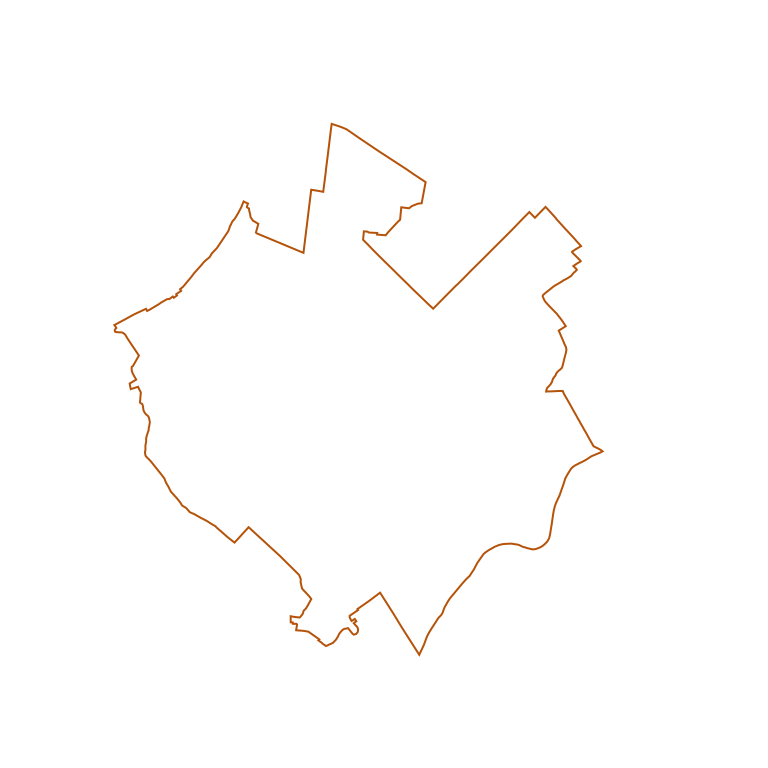 outline of Hotarele, Giurgiu, Romania, rotated 148°
{"feature_id": "2599482B11707962616548", "entity_name": "Hotarele", "entity_type": "district", "adm_level": 2, "iso_a3": "ROU", "parent_name": "Romania", "parent_adm1": "Giurgiu", "projection": "orthographic", "projection_center": [26.375, 44.157], "detail": "fine", "context": "isolated", "style": "outline", "palette": "amber", "viewbox_px": 768, "rotation_deg": 148, "n_neighbors": 0, "source": "geoboundaries", "source_scale": "gbopen_adm2", "svg_char_len": 6142}
<svg xmlns="http://www.w3.org/2000/svg" viewBox="0 0 768 768"><g transform="rotate(148 384 384)"><path d="M406.3,613.2L411.6,609.4L416.6,606.5L420.4,604.5L423.7,602.9L425.0,602.7L427.0,601.9L429.2,600.4L430.6,599.7L434.9,596.2L453.7,587.8L461.0,585.9L463.0,584.8L464.7,584.0L470.6,583.2L473.3,582.5L474.2,582.1L486.3,578.6L491.0,576.8L503.0,572.9L506.7,572.5L506.5,570.8L506.6,570.5L512.6,570.3L512.6,568.8L516.5,568.5L516.7,570.1L521.1,569.8L522.9,570.9L530.0,571.2L532.0,571.0L542.7,571.2L546.2,571.5L546.0,573.9L559.3,575.5L570.3,576.1L581.4,576.9L581.3,573.4L582.3,573.1L583.2,572.7L583.9,572.2L584.2,571.6L584.3,570.7L583.8,570.1L581.4,568.3L580.2,567.5L578.8,566.5L578.2,565.6L577.3,563.1L577.4,559.2L577.3,554.0L576.9,542.3L576.8,538.5L576.8,538.0L587.1,532.4L587.4,532.3L588.4,532.3L588.7,532.3L589.0,532.0L589.5,531.3L590.1,530.4L590.8,529.0L591.2,527.5L591.5,526.1L591.7,522.5L591.8,519.0L599.4,519.2L600.8,515.8L601.4,513.8L594.1,512.0L594.7,505.7L599.7,499.0L600.6,498.0L600.7,497.0L599.8,495.5L599.7,494.9L599.8,494.2L600.3,492.7L601.0,491.2L601.9,489.1L602.1,487.6L602.1,486.0L602.0,484.6L601.7,483.7L601.1,481.9L601.1,480.9L601.4,479.4L602.0,477.7L602.9,475.6L604.7,473.5L607.1,471.0L608.1,469.5L610.8,467.4L613.3,465.2L614.7,463.7L615.5,462.3L616.9,460.4L618.6,458.7L620.1,456.4L621.1,454.7L621.8,453.9L622.8,452.9L623.3,451.9L624.1,450.0L624.2,448.6L623.1,443.9L622.7,441.8L620.8,425.5L620.3,420.2L621.1,416.2L621.3,410.5L621.8,405.8L620.0,395.5L619.6,391.4L619.6,387.8L617.5,383.8L616.6,378.2L613.7,373.9L610.5,367.9L607.1,362.3L604.3,356.4L602.2,352.5L602.2,351.6L597.7,336.7L594.8,328.7L574.7,334.3L563.4,293.4L557.2,267.1L558.0,262.5L559.7,260.2L561.7,254.6L561.8,253.2L561.6,252.0L561.0,249.3L559.9,243.4L559.6,240.2L565.8,236.7L569.1,235.0L572.3,234.3L573.6,233.1L574.2,232.5L575.0,232.1L575.9,231.7L578.8,230.7L579.3,230.7L583.5,234.0L584.9,235.3L585.8,236.1L586.2,236.5L589.4,231.3L587.7,230.1L588.4,229.0L587.8,228.5L585.4,227.1L585.2,226.8L585.2,226.4L585.3,225.9L585.6,225.6L588.8,222.0L589.0,221.7L583.3,217.5L579.4,214.1L574.2,201.7L575.5,201.3L574.1,198.0L573.6,196.0L572.2,193.0L572.1,192.5L571.5,192.4L568.7,192.1L564.5,191.5L560.3,192.6L559.4,193.0L557.9,193.8L556.7,194.3L554.9,195.6L553.3,196.3L552.2,196.7L550.5,197.2L548.8,197.5L547.4,197.4L545.7,196.6L543.9,196.1L543.0,188.8L542.5,187.5L540.2,186.8L539.4,187.0L537.9,187.5L536.5,188.8L535.8,190.4L535.4,191.9L536.0,194.8L536.4,197.2L533.2,197.5L533.3,200.2L537.0,200.2L537.1,201.2L536.9,203.3L536.7,204.5L536.0,205.6L533.8,205.7L529.1,205.9L525.8,206.0L525.8,207.2L511.9,207.9L497.9,209.1L497.7,184.1L497.9,168.8L497.6,135.7L488.3,141.7L483.4,145.5L482.3,146.4L479.0,148.5L475.8,150.2L472.3,151.9L466.2,154.7L463.4,156.1L461.2,157.0L459.7,157.3L458.5,157.6L457.8,157.8L455.6,158.9L453.2,160.9L450.3,162.9L445.5,165.5L441.6,167.3L429.1,171.4L423.3,173.3L418.2,174.8L414.4,175.6L412.9,175.9L410.3,177.2L406.2,179.0L400.3,182.5L395.3,184.7L390.0,186.9L388.7,187.2L387.3,187.4L383.5,187.6L380.9,187.5L379.0,187.4L376.3,187.3L371.7,186.5L368.2,185.3L364.0,183.1L360.4,181.0L358.4,179.2L356.6,177.7L355.0,176.2L353.9,174.5L352.9,172.8L350.9,170.6L349.2,168.6L345.6,165.0L344.4,164.3L343.4,163.9L341.8,163.4L338.9,162.8L335.5,162.6L332.2,163.1L328.8,164.0L325.7,165.7L323.0,168.3L319.1,172.8L316.0,176.3L313.4,179.4L310.2,183.2L307.2,186.6L304.0,189.7L301.4,191.8L297.1,194.6L294.4,196.3L283.8,204.8L280.4,207.8L276.5,210.0L270.8,212.8L269.3,213.3L267.3,213.6L265.3,213.7L259.2,213.2L254.4,212.7L250.9,212.7L246.3,212.8L236.6,211.2L234.3,211.1L234.9,212.7L235.6,214.1L236.8,216.2L237.9,217.9L239.3,220.2L239.1,223.8L239.1,224.8L238.9,228.9L238.7,232.3L238.5,235.7L238.5,236.8L238.4,239.9L238.3,241.3L238.2,243.2L238.1,247.2L237.9,249.1L237.9,251.8L237.7,254.4L237.4,262.2L237.3,263.4L237.0,269.5L236.6,280.3L236.5,280.5L236.5,281.2L236.1,283.4L237.1,284.0L240.8,286.2L245.2,288.6L248.7,290.7L250.5,291.7L250.0,292.3L249.6,292.7L248.9,293.3L247.2,294.4L245.6,294.7L244.1,295.1L242.1,295.8L241.9,296.1L241.4,296.2L240.7,296.6L240.0,297.2L239.0,298.0L237.9,299.0L237.2,299.1L236.7,299.3L236.2,299.7L235.3,300.0L234.6,300.1L234.0,300.4L233.2,300.9L232.8,301.3L232.3,301.7L230.2,302.4L229.0,302.7L228.0,302.8L226.8,302.9L226.0,303.1L224.7,303.4L224.1,303.8L223.0,304.7L221.8,305.8L218.2,309.4L216.7,310.8L213.1,314.2L212.3,315.1L211.2,316.3L210.9,316.9L210.6,317.6L210.2,318.8L210.1,319.3L209.9,321.6L209.5,324.0L209.2,325.3L209.1,326.4L207.5,336.7L206.1,336.7L204.4,336.7L199.2,336.7L199.4,343.1L199.5,344.7L199.8,347.9L200.2,350.7L200.1,351.4L202.0,360.0L202.9,364.2L203.6,368.3L203.6,370.3L203.0,374.2L202.4,374.9L201.7,375.2L199.3,375.6L189.0,376.8L187.0,376.9L181.3,376.7L178.0,376.7L176.8,376.8L173.9,376.5L169.3,376.4L167.5,376.6L166.3,377.1L163.7,377.9L162.5,378.0L160.0,378.6L159.9,379.4L160.9,383.7L156.1,383.9L153.5,383.8L152.2,383.8L152.0,384.4L154.7,395.9L154.4,396.5L150.8,396.7L143.8,396.5L145.0,403.1L145.6,407.0L148.4,421.5L150.4,432.7L150.4,433.8L152.6,445.9L153.2,448.6L167.9,445.0L168.9,449.4L169.6,452.8L173.4,451.9L177.8,450.9L194.2,446.8L202.4,444.9L214.7,442.1L235.0,437.4L251.6,433.7L259.2,431.8L269.2,429.5L269.6,429.5L272.1,429.0L286.5,425.6L302.4,421.8L304.3,429.0L305.5,433.8L307.5,441.8L308.4,445.3L310.1,452.2L310.5,454.2L312.8,463.6L313.5,466.5L315.7,475.8L317.2,482.1L320.3,494.9L321.3,499.4L322.7,505.5L323.7,510.5L325.3,517.4L320.2,524.1L317.3,522.0L316.4,520.3L309.7,515.7L310.7,514.4L303.7,509.2L300.5,510.4L286.4,514.2L283.3,514.8L275.7,524.7L269.7,519.8L265.8,520.1L259.5,518.9L257.3,517.8L256.3,517.3L242.7,532.1L241.7,533.1L247.6,546.0L251.2,554.4L253.7,559.7L265.0,584.0L273.9,603.9L279.1,616.0L280.8,619.9L284.3,624.8L290.5,632.3L293.3,629.0L311.9,606.0L319.6,596.6L321.0,594.7L333.7,579.2L338.3,583.4L342.8,587.3L382.8,537.9L412.6,579.9L412.9,579.8L405.7,586.4L405.9,586.8L408.7,592.3L408.6,592.7L408.6,593.2L408.6,593.9L408.7,594.6L408.7,595.7L408.7,596.2L408.6,596.6L408.3,597.2L407.6,598.8L406.5,602.3L405.9,603.6L405.5,604.3L406.0,605.3L406.4,606.0L406.5,606.4L406.5,606.6L406.5,606.8L406.4,607.0L406.1,607.2L405.7,607.6L403.7,609.1L405.3,611.5L406.3,613.2Z" fill="none" stroke="#b45309" stroke-width="2"/></g></svg>